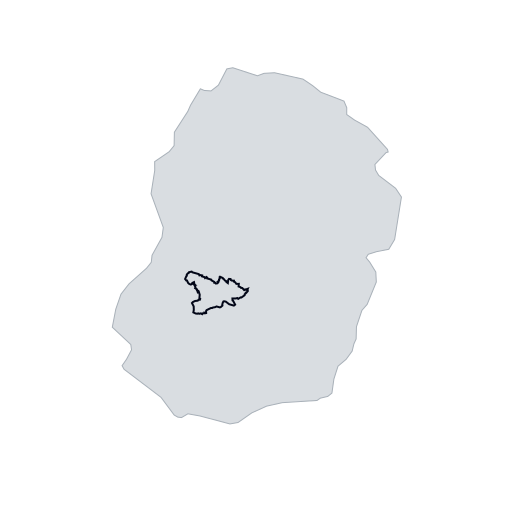 Negotino, Negotino, North Macedonia (highlighted), rotated 124°
{"feature_id": "65306769B63258214258120", "entity_name": "Negotino", "entity_type": "district", "adm_level": 2, "iso_a3": "MKD", "parent_name": "North Macedonia", "parent_adm1": "Negotino", "projection": "albers", "projection_center": [22.101, 41.515], "detail": "fine", "context": "in_parent", "style": "outline", "palette": "ink", "viewbox_px": 512, "rotation_deg": 124, "n_neighbors": 0, "source": "geoboundaries", "source_scale": "gbopen_adm2", "svg_char_len": 2868}
<svg xmlns="http://www.w3.org/2000/svg" viewBox="0 0 512 512"><g transform="rotate(124 256 256)"><path d="M234.1,136.8L241.8,137.8L258.4,133.2L268.8,126.6L274.1,125.7L281.1,123.1L291.2,123.5L301.5,126.4L314.5,122.6L327.2,116.4L332.3,118.0L337.9,123.2L341.6,124.6L362.9,152.2L374.6,163.3L388.3,171.7L404.1,177.8L409.8,183.7L420.0,213.1L424.9,224.2L431.6,227.4L433.3,230.7L433.6,234.9L426.3,255.7L423.7,302.0L421.8,305.7L413.9,305.6L403.4,306.7L399.4,310.3L395.4,335.3L378.5,342.5L363.1,346.6L350.1,345.7L327.3,339.9L319.8,339.3L313.5,342.6L293.1,344.4L284.2,348.8L263.1,377.8L241.7,387.8L234.4,392.8L218.1,386.3L210.3,385.6L199.0,392.9L174.2,393.4L167.5,394.6L148.5,395.6L147.7,391.5L144.3,385.6L135.4,382.7L117.2,384.8L112.9,380.5L105.8,355.6L100.1,351.5L93.7,343.1L83.1,316.0L83.1,304.2L84.0,293.9L78.4,269.7L82.3,263.7L88.0,259.9L88.2,250.2L86.9,235.5L94.1,206.6L95.9,204.6L97.6,206.0L113.6,208.6L117.9,205.0L120.6,199.3L121.8,178.1L125.8,168.4L164.8,150.3L176.2,149.7L184.9,158.4L191.8,163.9L195.9,163.8L197.5,158.3L202.3,147.7L210.3,141.7L233.9,136.8L234.1,136.8Z" fill="#d9dde1" stroke="#a8b0b8" stroke-width="1"/><path d="M291.4,265.6L294.2,264.2L294.1,266.1L293.5,266.6L293.7,268.2L293.1,269.7L293.2,271.0L292.8,271.3L293.3,274.3L293.8,274.4L295.0,273.4L296.1,273.6L297.1,272.8L298.7,273.4L298.9,272.6L300.2,272.7L301.3,273.9L301.0,275.0L301.5,275.6L300.8,276.3L301.1,279.3L300.6,279.9L301.9,283.9L301.3,284.2L301.1,285.3L302.8,285.9L302.3,286.9L303.1,289.4L302.2,289.8L303.0,291.6L303.7,292.1L303.0,293.3L305.1,299.6L304.9,300.6L306.9,302.5L307.9,302.3L308.4,302.8L310.1,303.0L311.0,302.3L311.6,302.5L314.7,301.9L315.3,300.1L314.9,299.5L316.3,297.2L316.5,295.6L316.1,294.0L314.9,293.6L314.6,293.1L313.9,293.7L312.3,292.8L313.9,291.2L314.0,290.4L314.5,291.0L315.7,288.7L316.7,288.5L316.6,286.5L317.0,285.8L317.3,286.0L317.6,285.5L317.3,284.7L318.2,284.5L318.7,283.9L317.7,283.3L319.6,281.0L322.5,279.4L322.7,278.3L323.7,278.1L324.4,279.2L325.6,279.3L327.4,281.4L329.5,282.6L330.8,282.8L332.6,279.5L335.5,277.4L337.8,276.4L337.4,273.8L336.6,272.3L335.9,271.9L335.7,270.8L334.6,269.9L334.3,268.2L333.6,268.4L332.6,267.0L331.9,267.2L331.8,266.0L331.2,265.4L329.6,266.6L328.5,266.7L324.2,264.2L323.7,263.3L322.8,262.9L321.3,261.3L319.9,260.5L318.8,257.2L318.1,256.7L315.9,256.1L315.3,256.7L313.5,257.4L311.9,257.6L311.4,257.2L310.7,255.5L311.0,251.3L309.5,246.6L308.0,246.1L306.0,249.8L306.0,250.6L304.4,251.8L302.5,249.0L301.3,248.0L301.5,246.8L298.9,245.6L298.6,244.9L294.9,243.5L294.0,244.0L293.0,243.7L292.6,243.9L292.1,243.5L291.7,243.8L290.8,243.3L289.6,243.2L288.9,243.8L289.4,244.9L289.2,245.5L288.4,244.4L287.8,244.5L290.9,246.7L290.2,249.4L290.8,250.7L290.5,251.3L291.0,253.4L288.7,254.7L290.1,256.7L289.4,258.6L289.6,260.0L288.8,260.5L289.9,262.3L290.0,263.3L289.3,264.2L290.1,265.6L291.4,265.6Z" fill="none" stroke="#020617" stroke-width="2"/></g></svg>